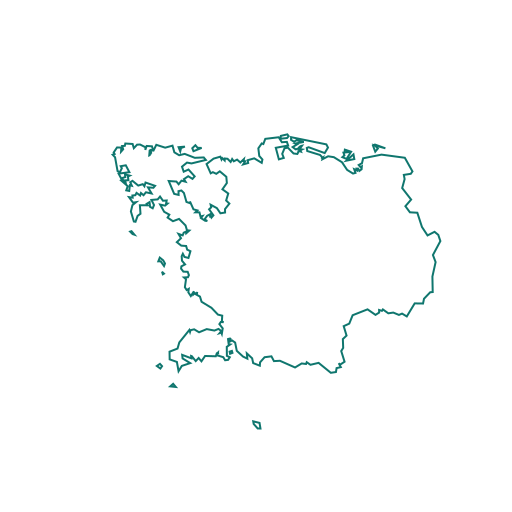 Antsiranana II, Diana, Madagascar, rotated 297°
{"feature_id": "10022922B22775533170221", "entity_name": "Antsiranana II", "entity_type": "district", "adm_level": 2, "iso_a3": "MDG", "parent_name": "Madagascar", "parent_adm1": "Diana", "projection": "mercator", "projection_center": [49.235, -12.498], "detail": "fine", "context": "isolated", "style": "outline", "palette": "teal", "viewbox_px": 512, "rotation_deg": 297, "n_neighbors": 0, "source": "geoboundaries", "source_scale": "gbopen_adm2", "svg_char_len": 6159}
<svg xmlns="http://www.w3.org/2000/svg" viewBox="0 0 512 512"><g transform="rotate(297 256 256)"><path d="M274.6,172.4L273.1,173.3L272.6,169.5L279.4,163.2L280.5,159.8L278.6,157.5L275.3,159.3L274.2,154.9L283.2,144.2L286.2,151.3L284.8,154.5L289.3,155.4L290.2,159.5L291.8,156.9L296.3,159.4L295.9,164.4L299.1,165.2L302.4,156.6L298.3,153.3L302.0,149.5L307.9,152.1L309.2,156.5L318.8,167.7L320.1,164.7L315.7,156.9L314.6,146.1L310.9,141.8L311.3,136.2L316.4,131.5L311.3,125.9L309.8,116.7L303.4,116.8L302.1,113.8L300.1,114.6L301.1,116.2L300.1,115.2L299.4,115.7L298.7,115.3L297.6,115.5L297.2,115.2L301.6,113.4L302.8,114.1L303.7,116.2L306.5,113.5L304.4,108.6L300.3,109.2L302.7,108.2L302.7,102.1L301.2,99.5L296.6,98.2L299.8,95.2L296.9,88.5L294.6,89.1L293.2,86.8L290.8,89.2L287.7,88.4L291.5,86.8L289.6,82.9L283.6,82.2L282.7,83.7L281.2,82.3L280.0,85.6L268.8,94.1L268.9,96.7L273.3,96.6L274.6,94.7L277.7,98.8L273.2,105.1L267.0,96.2L263.9,100.6L267.0,103.7L269.2,102.2L270.3,107.0L268.7,105.8L265.6,107.9L264.0,105.1L262.0,106.7L263.6,102.8L262.1,101.5L260.0,110.0L255.6,110.6L256.4,113.5L261.8,111.5L262.2,113.5L264.6,110.5L266.9,111.8L265.3,119.1L268.6,122.5L267.5,124.9L271.3,124.2L272.7,134.2L270.2,133.6L268.1,128.6L264.3,134.6L262.8,129.0L259.1,128.2L259.9,124.9L257.3,125.3L258.0,120.9L255.4,120.9L253.8,118.4L252.0,119.6L250.8,116.1L247.7,122.2L249.5,124.7L245.2,122.8L238.9,124.3L231.3,131.5L231.8,133.1L238.0,132.3L241.2,133.9L248.5,129.5L252.0,136.5L252.8,134.9L255.7,136.7L251.7,139.3L251.6,142.3L255.1,142.0L258.5,137.4L261.8,142.7L265.4,143.5L263.0,148.0L264.9,151.2L262.1,152.0L262.6,153.4L259.6,152.1L258.3,147.3L253.7,154.1L253.5,160.0L250.1,159.8L249.3,166.2L254.1,170.6L251.2,179.4L247.6,182.8L248.4,185.0L244.5,183.5L245.9,182.5L243.9,181.0L241.1,181.3L240.5,176.9L237.8,181.1L232.4,179.2L231.3,184.7L233.2,189.2L230.4,191.8L230.5,195.4L223.6,196.7L222.7,192.7L224.8,189.8L222.0,189.9L218.2,192.2L216.3,196.6L212.9,194.2L210.7,195.0L209.1,198.4L210.9,202.3L208.5,204.9L206.2,205.0L204.2,201.6L203.5,204.2L195.9,206.8L194.2,209.7L196.2,211.0L192.9,212.2L190.7,216.1L196.3,216.7L193.6,217.8L195.2,218.4L195.6,220.3L197.3,219.9L195.4,220.6L194.6,218.4L194.4,224.5L190.5,228.3L189.6,239.9L186.5,248.7L187.5,253.0L182.2,255.3L182.3,257.2L181.2,254.6L178.7,254.3L176.4,259.2L171.1,260.9L172.3,259.5L170.9,258.8L170.7,258.6L173.4,259.2L174.0,255.7L170.7,252.8L168.5,245.3L162.2,239.9L162.6,234.2L159.9,231.0L159.5,231.5L158.4,231.7L159.9,230.2L144.2,226.9L137.9,228.1L131.5,222.4L124.7,226.0L125.7,233.6L118.2,239.3L124.4,239.8L130.7,246.0L131.4,237.1L134.4,235.1L135.5,244.9L137.5,243.6L137.6,244.3L135.0,250.0L139.1,251.2L137.4,255.2L143.8,256.0L148.4,265.7L151.4,265.3L152.0,265.5L152.2,266.2L152.5,265.9L152.8,266.0L152.1,266.3L151.2,265.4L149.8,266.2L151.0,272.8L149.1,275.8L150.8,278.3L153.9,278.6L153.8,275.4L161.8,271.2L165.5,273.2L165.0,271.7L170.0,268.3L168.7,270.1L170.1,269.7L170.7,270.3L170.5,271.0L167.7,271.4L169.9,273.0L169.4,276.7L162.8,281.9L160.5,290.1L160.6,294.9L165.1,292.0L163.1,299.0L159.3,302.1L160.0,309.2L163.1,307.9L169.7,309.6L173.6,315.3L170.5,319.7L173.5,324.9L174.4,341.4L181.0,345.5L182.5,349.6L184.4,349.4L183.8,353.9L189.2,360.3L185.9,375.7L188.9,379.9L192.7,378.7L195.5,382.0L198.0,378.4L197.4,380.3L202.0,382.9L210.0,375.1L213.7,375.4L221.4,371.1L226.2,372.8L233.3,366.0L238.1,369.8L247.1,369.0L259.1,379.6L257.8,389.2L261.5,391.4L263.8,390.2L264.3,393.1L266.0,393.3L265.0,399.9L267.9,404.0L268.4,410.1L271.0,412.3L270.6,417.8L285.8,418.9L289.5,426.4L294.2,425.1L302.8,427.7L304.1,429.8L317.8,422.5L332.1,418.8L337.2,413.2L353.0,413.5L357.6,408.8L358.6,404.1L352.2,399.5L357.2,390.7L367.8,380.1L364.8,373.3L368.2,366.5L376.7,368.6L382.9,355.4L392.0,353.5L395.4,350.9L399.5,356.6L402.4,357.0L411.1,344.0L403.3,321.8L391.7,307.1L386.8,308.3L383.7,306.2L382.6,308.9L383.9,309.6L381.2,310.7L378.8,309.5L380.2,307.3L379.5,305.9L378.0,307.1L377.9,304.1L375.2,306.9L373.5,305.0L374.1,298.1L378.6,290.0L379.4,280.5L377.6,275.0L372.4,271.3L374.2,271.0L372.4,270.1L374.0,270.4L375.1,267.2L372.8,254.0L375.4,252.2L376.8,253.5L378.9,270.5L385.3,270.9L387.4,268.0L377.8,233.3L375.4,234.5L375.1,238.0L377.5,239.5L379.3,246.8L374.1,240.0L374.2,242.0L369.7,239.2L369.0,242.9L370.7,244.7L373.2,245.3L374.5,246.2L375.1,246.9L371.0,246.3L371.8,248.6L369.4,246.8L369.7,248.2L369.4,248.6L369.1,246.6L365.7,246.5L364.4,242.9L367.0,235.2L364.9,232.5L358.9,233.0L356.0,236.2L352.5,232.5L361.4,224.5L369.0,234.5L371.7,231.7L369.1,227.4L372.1,222.3L364.6,211.1L359.1,211.7L358.9,210.0L353.0,209.2L346.6,213.5L344.9,217.9L341.6,218.8L342.2,210.1L337.6,205.1L335.3,206.8L331.8,203.0L335.5,203.3L334.9,201.7L336.8,201.2L332.2,199.6L333.3,195.4L330.3,193.2L331.6,190.7L328.3,190.7L329.7,186.5L328.7,183.9L326.9,184.7L327.9,181.5L326.3,181.5L328.3,179.1L323.5,174.0L315.5,170.2L309.1,178.1L311.1,179.5L311.2,183.3L315.0,185.3L313.1,193.6L307.8,196.9L300.2,195.8L299.1,202.9L291.9,204.2L290.6,208.5L283.7,207.1L280.7,208.7L277.9,204.9L280.9,199.4L281.1,192.3L279.0,194.0L276.3,193.0L272.9,199.6L270.1,198.9L271.7,197.3L269.4,197.7L272.4,196.2L269.6,194.2L265.3,193.5L265.1,196.7L264.3,194.7L264.8,189.8L267.4,190.2L266.0,188.6L269.2,185.8L267.4,182.2L270.0,183.1L269.2,179.1L274.6,172.4ZM391.1,286.9L389.1,287.6L390.5,287.3L391.3,288.3L390.4,291.0L387.8,287.0L385.8,289.1L383.3,288.1L383.6,292.6L392.1,293.4L391.1,286.9ZM108.9,334.9L107.4,328.6L105.3,330.2L103.1,335.8L104.3,338.3L108.9,334.9ZM390.8,296.7L382.0,293.3L387.0,299.6L390.8,296.7ZM409.3,311.4L407.6,310.0L403.1,314.9L407.1,315.8L408.5,311.7L410.7,322.4L409.3,311.4ZM210.9,171.0L206.9,171.4L208.0,173.5L205.3,178.6L208.0,178.3L210.0,175.3L210.9,171.0ZM374.3,223.6L371.6,224.6L375.2,230.1L377.6,230.7L378.6,228.7L374.3,223.6ZM323.1,150.3L321.0,152.7L327.6,158.5L325.9,154.8L327.2,151.7L323.1,150.3ZM113.0,217.6L112.3,221.9L115.2,222.3L116.3,219.4L113.0,217.6ZM321.2,143.0L317.8,137.6L314.8,141.0L318.2,140.2L321.2,143.0ZM104.5,240.2L100.9,238.8L102.9,244.0L104.5,240.2ZM158.8,275.9L157.1,277.3L159.0,279.0L160.5,277.6L158.8,275.9ZM220.6,132.8L219.5,136.1L219.8,138.0L221.6,133.8L220.6,132.8ZM198.5,182.0L199.3,179.4L197.4,181.3L198.5,182.0Z" fill="none" stroke="#0f766e" stroke-width="2"/></g></svg>